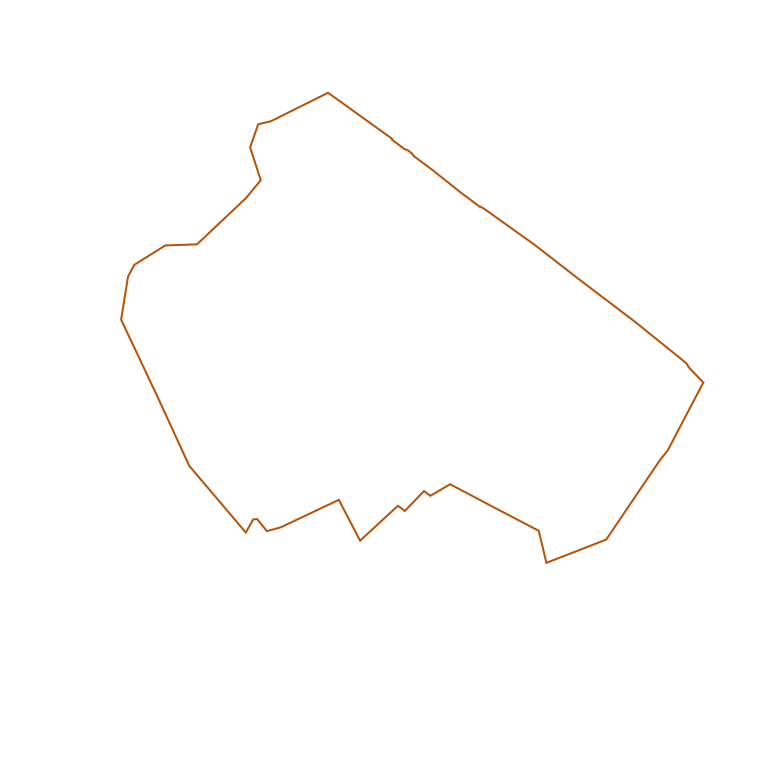 outline of Franklin, Vermont, United States of America, rotated 37°
{"feature_id": "52423323B67393823438357", "entity_name": "Franklin", "entity_type": "district", "adm_level": 2, "iso_a3": "USA", "parent_name": "United States of America", "parent_adm1": "Vermont", "projection": "albers", "projection_center": [-72.901, 44.825], "detail": "fine", "context": "isolated", "style": "outline", "palette": "amber", "viewbox_px": 768, "rotation_deg": 37, "n_neighbors": 0, "source": "geoboundaries", "source_scale": "gbopen_adm2", "svg_char_len": 825}
<svg xmlns="http://www.w3.org/2000/svg" viewBox="0 0 768 768"><g transform="rotate(37 384 384)"><path d="M638.1,190.5L636.9,190.5L617.2,187.2L614.0,185.8L611.7,185.4L548.5,183.3L527.8,183.2L472.3,183.0L421.5,182.2L358.3,183.8L354.0,184.4L353.9,184.8L330.4,184.9L295.7,184.0L295.1,183.9L270.7,184.1L267.7,183.1L262.3,183.0L258.3,184.1L243.5,184.1L242.8,183.3L180.2,184.7L164.0,185.1L135.6,242.1L127.2,252.3L134.7,275.6L162.9,295.4L161.9,318.4L150.6,385.0L125.9,405.0L112.9,439.0L114.9,452.2L135.3,490.8L210.4,530.3L277.8,566.6L363.0,585.8L361.1,570.8L364.1,568.2L379.0,572.0L387.8,560.6L417.6,503.7L459.2,523.5L468.4,472.9L477.0,472.9L480.4,445.4L488.3,445.4L497.1,424.3L548.4,416.0L595.9,408.1L609.9,419.6L621.3,429.1L655.1,374.5L650.1,277.4L650.6,266.5L638.1,190.5Z" fill="none" stroke="#b45309" stroke-width="2"/></g></svg>